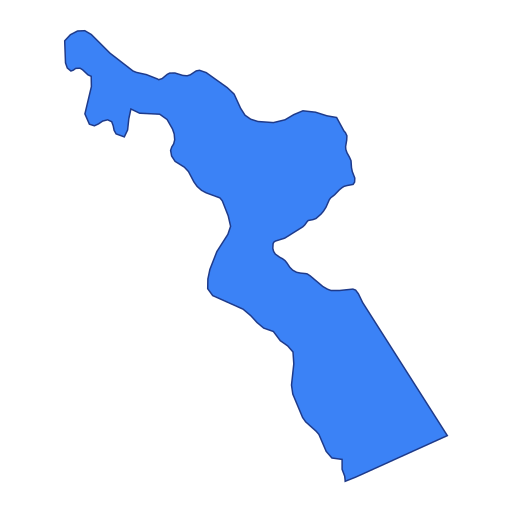 Chitipa, Albers equal-area conic projection
{"feature_id": "MWI-1873", "entity_name": "Chitipa", "entity_type": "District", "adm_level": 1, "iso_a3": "MWI", "parent_name": "Malawi", "parent_adm1": "", "projection": "albers", "projection_center": [33.389, -9.977], "detail": "fine", "context": "isolated", "style": "filled", "palette": "blue", "viewbox_px": 512, "rotation_deg": 0, "n_neighbors": 0, "source": "natural_earth", "source_scale": "10m", "svg_char_len": 2070}
<svg xmlns="http://www.w3.org/2000/svg" viewBox="0 0 512 512"><path d="M70.9,71.0L67.3,68.0L65.5,62.9L64.7,40.8L70.4,34.7L77.5,31.0L84.8,30.7L91.3,34.5L110.0,53.2L133.0,71.0L136.4,72.4L146.4,74.6L157.3,78.9L158.7,79.7L162.1,78.6L167.3,74.3L169.7,73.1L174.9,73.0L182.7,75.4L187.1,75.8L190.3,74.8L196.2,70.9L199.5,70.3L206.2,72.6L227.2,87.6L234.1,94.1L240.5,108.1L245.0,115.2L250.7,119.2L257.9,121.5L273.4,122.6L285.0,119.8L293.8,114.6L302.9,110.8L315.5,112.2L326.9,115.8L336.6,117.5L343.9,130.9L345.4,132.6L346.9,135.8L346.7,140.1L345.6,146.6L345.8,149.4L347.0,152.8L349.4,157.1L351.0,160.7L351.5,167.8L352.3,171.6L354.8,178.1L354.6,182.1L353.1,184.4L346.8,185.6L344.0,186.4L341.8,187.8L339.3,189.9L334.6,194.8L330.7,197.8L329.3,199.7L326.0,207.2L323.5,211.1L321.0,214.1L316.0,218.5L313.0,219.6L308.2,220.5L307.0,221.8L304.7,225.0L302.8,226.8L284.8,238.1L275.3,241.1L273.8,242.2L273.1,243.6L272.8,248.3L273.6,251.4L275.3,254.1L279.8,257.3L282.5,258.7L285.0,260.6L286.8,262.8L289.8,267.3L292.6,270.1L296.6,272.3L300.6,273.1L305.7,273.6L307.2,273.9L310.1,275.8L322.8,286.5L327.5,289.2L331.0,290.5L339.5,290.5L352.9,289.1L355.6,290.1L358.4,293.8L362.6,302.5L447.3,435.6L355.7,477.1L345.2,481.3L345.1,479.9L344.7,476.2L342.1,469.3L342.1,459.4L331.9,458.0L326.2,451.4L318.9,434.4L316.1,431.2L305.7,421.9L302.6,417.5L292.8,394.1L291.5,385.1L293.8,363.9L293.0,352.0L287.7,345.9L280.3,340.7L273.4,331.5L263.7,328.1L257.0,322.5L250.9,315.8L243.1,309.2L212.7,295.6L207.7,288.7L207.9,278.9L209.9,269.4L216.9,251.5L227.9,234.3L230.6,226.3L228.2,215.8L222.3,200.8L219.9,197.9L206.1,192.8L201.6,190.4L197.1,186.4L193.9,181.9L188.5,171.6L184.4,167.2L175.1,161.4L171.6,156.0L170.6,150.4L171.8,146.9L173.7,143.8L174.7,139.8L174.2,134.0L172.5,129.0L167.1,119.5L159.7,114.2L139.6,113.2L130.9,109.0L128.8,118.8L127.6,130.0L124.3,136.9L116.1,133.9L114.1,130.3L113.2,125.8L111.7,121.7L107.6,119.8L102.6,121.1L98.5,123.9L94.4,125.8L89.4,124.2L84.9,113.9L91.4,86.6L91.2,76.3L87.9,74.8L82.5,69.7L80.0,68.2L75.7,68.4L73.2,70.2L70.9,71.0Z" fill="#3b82f6" stroke="#1e3a8a" stroke-width="1.5"/></svg>